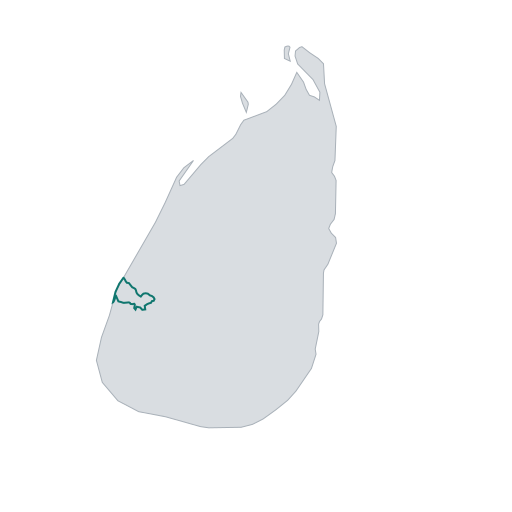 location of Kŏḷamba within Sri Lanka, rotated 35°
{"feature_id": "LKA-2470", "entity_name": "Kŏḷamba", "entity_type": "District", "adm_level": 1, "iso_a3": "LKA", "parent_name": "Sri Lanka", "parent_adm1": "", "projection": "albers", "projection_center": [80.037, 6.845], "detail": "fine", "context": "in_parent", "style": "outline", "palette": "teal", "viewbox_px": 512, "rotation_deg": 35, "n_neighbors": 0, "source": "natural_earth", "source_scale": "10m", "svg_char_len": 2025}
<svg xmlns="http://www.w3.org/2000/svg" viewBox="0 0 512 512"><g transform="rotate(35 256 256)"><path d="M173.6,58.2L183.3,58.7L193.7,58.5L201.0,59.8L213.4,75.6L247.4,103.8L265.9,132.5L267.6,138.8L270.1,144.2L274.6,145.7L278.3,148.2L296.8,175.8L299.0,181.3L298.7,187.3L299.8,191.8L304.6,194.1L310.6,195.2L314.6,199.4L319.6,221.5L319.7,228.4L321.1,231.4L344.5,265.8L345.8,270.0L345.6,273.1L346.3,275.8L350.8,281.9L357.9,298.3L361.5,302.0L365.9,316.3L366.2,343.8L364.7,356.0L360.4,370.8L355.3,385.4L349.7,395.9L342.1,404.8L315.9,423.8L308.4,427.6L274.3,439.5L249.2,450.8L225.9,453.8L202.6,447.7L185.1,433.0L176.1,411.3L170.0,388.8L161.1,363.7L154.3,286.2L151.0,264.6L145.8,237.0L146.3,225.1L150.0,213.6L150.0,238.7L153.4,241.9L156.0,238.6L158.4,212.6L160.3,201.6L169.5,172.9L169.7,167.9L168.1,157.1L168.2,151.7L182.0,131.6L185.5,119.9L187.4,107.9L186.6,95.0L184.1,82.2L195.2,86.3L201.4,90.7L207.6,93.7L212.6,92.2L218.7,92.1L214.4,85.2L201.5,78.8L180.0,74.8L173.3,69.8L170.8,65.4L172.1,60.2L173.6,58.2ZM162.7,136.2L165.7,143.9L157.3,138.6L151.8,134.2L149.9,130.6L161.2,134.6L162.7,136.2ZM172.3,76.8L166.0,77.9L161.0,71.1L159.8,68.2L161.1,66.2L162.5,65.2L164.1,65.5L166.5,71.8L172.3,76.8Z" fill="#d9dde1" stroke="#a8b0b8" stroke-width="1"/><path d="M165.3,375.7L161.5,366.0L160.1,358.2L159.9,357.5L159.9,350.1L160.1,349.8L162.3,350.6L163.9,351.5L165.7,352.0L166.5,351.5L167.5,351.1L172.5,352.6L174.3,352.3L176.0,352.2L177.4,353.0L178.6,354.1L179.7,354.8L180.9,355.2L182.7,355.4L184.9,355.3L185.0,353.3L185.4,351.4L187.0,349.8L189.0,348.9L191.8,349.1L193.6,348.5L195.9,348.6L197.6,349.5L197.9,351.4L196.6,352.7L196.7,353.6L196.8,354.6L195.5,356.2L194.4,358.0L193.9,359.4L193.4,360.6L195.9,363.3L193.7,365.3L190.7,364.6L187.4,366.0L188.0,369.0L186.1,368.5L184.7,365.4L184.2,365.1L183.6,365.0L182.3,366.4L180.7,367.2L179.6,366.7L178.5,366.9L174.6,370.2L173.4,370.7L172.2,371.0L169.3,372.1L164.6,369.2L164.5,370.9L165.1,372.8L165.4,374.1L165.5,375.4L165.4,375.4L165.3,375.7Z" fill="none" stroke="#0f766e" stroke-width="2"/></g></svg>